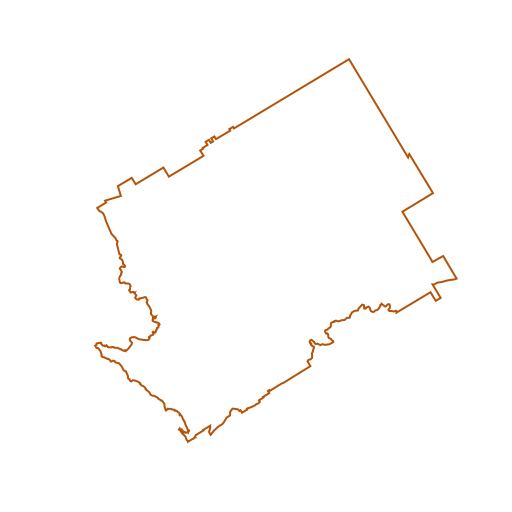 the district of Murray, Western Australia, Australia, rotated 329°
{"feature_id": "25037944B25972327200509", "entity_name": "Murray", "entity_type": "district", "adm_level": 2, "iso_a3": "AUS", "parent_name": "Australia", "parent_adm1": "Western Australia", "projection": "mercator", "projection_center": [115.802, -32.624], "detail": "fine", "context": "isolated", "style": "outline", "palette": "amber", "viewbox_px": 512, "rotation_deg": 329, "n_neighbors": 0, "source": "geoboundaries", "source_scale": "gbopen_adm2", "svg_char_len": 6037}
<svg xmlns="http://www.w3.org/2000/svg" viewBox="0 0 512 512"><g transform="rotate(329 256 256)"><path d="M437.1,249.8L437.1,135.2L302.8,135.3L302.8,133.5L298.5,133.5L298.5,135.3L281.9,135.2L281.9,132.1L278.2,132.1L278.2,135.8L275.5,135.7L275.5,132.2L271.6,132.2L271.6,135.9L266.0,135.9L266.0,136.8L262.5,136.8L262.6,143.1L222.2,143.1L222.2,132.5L189.8,132.5L189.7,125.0L173.6,125.0L171.1,134.9L155.1,130.8L155.1,133.0L144.6,133.0L144.9,136.6L146.7,139.8L146.9,141.5L146.7,143.4L145.3,149.3L143.5,162.8L144.7,167.8L144.5,171.3L145.0,171.7L144.6,172.6L143.0,173.8L139.8,184.2L140.5,184.9L140.9,185.9L140.2,186.6L139.5,186.7L138.1,187.6L138.3,188.4L139.3,190.3L138.7,193.0L137.9,194.2L138.6,195.8L138.5,197.4L138.2,197.7L137.4,197.6L135.4,195.7L132.9,196.4L132.7,197.2L132.9,198.3L132.8,200.6L131.4,201.4L131.2,202.3L128.3,203.7L127.7,204.2L126.7,205.8L125.8,208.4L125.9,209.3L126.6,209.9L129.0,210.5L129.7,210.9L130.1,211.7L129.2,211.0L130.1,212.5L132.3,213.8L133.2,214.9L133.1,217.1L132.2,217.8L130.6,219.8L129.6,219.9L129.7,222.3L129.9,222.9L131.1,223.0L132.1,223.5L132.5,223.8L132.5,224.6L133.4,224.9L132.7,225.3L133.1,228.2L130.9,229.5L131.1,231.0L131.4,231.7L132.8,233.0L133.7,232.9L133.9,232.3L134.8,232.5L136.3,233.2L139.8,234.1L140.3,234.7L140.3,236.0L140.0,236.4L140.2,238.0L139.7,238.6L138.8,238.9L138.4,239.5L138.6,239.9L138.2,240.8L138.5,245.1L138.0,249.1L136.1,251.4L136.4,254.0L137.0,255.3L137.5,255.6L137.1,255.8L136.9,256.2L137.5,256.1L138.2,256.6L138.2,256.3L138.2,256.2L139.1,256.3L138.2,256.9L138.2,257.2L137.6,257.4L137.2,257.3L137.9,256.9L137.4,257.0L137.0,256.6L135.8,256.6L135.9,256.9L136.2,256.9L135.7,257.1L135.5,256.3L134.1,258.1L134.2,258.8L135.0,260.1L136.3,261.3L136.4,261.8L137.1,262.0L137.7,263.0L138.2,264.0L138.0,264.7L136.9,264.7L136.7,265.3L137.0,265.4L136.3,265.7L135.9,266.6L134.8,267.0L133.9,266.8L132.7,268.2L131.9,268.3L131.1,269.3L130.7,269.2L130.1,269.7L129.5,269.3L129.3,268.9L129.1,268.9L128.8,267.9L128.3,268.1L128.4,268.4L128.2,268.7L128.6,269.1L128.6,269.6L127.2,270.5L124.5,269.9L123.8,270.6L123.2,270.6L122.7,270.3L122.3,270.7L122.1,272.0L120.2,272.4L118.3,271.5L113.7,267.8L112.0,265.9L110.8,263.7L109.8,262.8L107.8,261.7L105.8,261.7L105.0,262.1L104.5,263.7L105.0,266.5L103.7,267.8L98.7,269.7L97.0,270.2L95.7,270.0L95.2,270.4L94.6,269.7L94.8,269.3L94.0,269.3L93.7,269.0L92.8,267.8L92.4,266.5L91.8,266.1L89.9,263.3L87.7,262.0L86.5,260.2L83.8,259.2L82.1,257.8L82.1,256.5L81.8,255.5L80.3,255.8L79.7,255.2L79.8,254.6L78.5,253.9L78.1,252.1L78.2,251.4L78.6,250.9L78.4,250.4L74.6,248.9L74.2,248.9L73.5,250.0L72.0,249.9L71.9,252.3L72.3,253.1L73.1,253.4L73.3,253.9L73.7,257.3L72.9,261.1L72.1,261.9L72.1,262.6L72.5,263.2L72.5,263.7L73.9,264.9L74.7,266.4L75.7,267.3L75.7,267.8L76.5,268.2L77.0,269.4L77.3,270.6L77.1,271.0L77.5,272.0L79.6,272.1L80.8,273.6L80.6,274.2L81.2,275.3L83.3,277.4L84.0,281.0L83.7,285.8L84.6,287.7L85.1,287.9L84.4,293.0L83.3,295.3L84.2,296.7L83.9,298.1L84.1,299.0L84.3,299.2L86.5,299.1L87.4,299.7L89.2,301.7L91.0,304.6L91.1,305.1L90.7,305.7L91.2,306.1L91.0,307.1L91.2,308.0L92.5,309.7L92.9,310.8L93.2,313.3L92.8,313.5L94.2,317.4L94.4,318.5L94.2,320.7L95.3,322.3L96.9,323.7L97.5,324.6L98.8,327.0L98.6,327.6L99.0,328.1L99.1,328.8L99.8,329.7L100.0,330.6L100.6,331.0L100.5,331.5L101.2,332.6L101.2,335.8L100.0,338.0L99.4,340.9L99.0,341.7L99.3,342.1L99.9,341.9L99.7,342.2L100.4,341.8L102.1,341.9L104.5,343.3L105.3,344.5L106.2,345.3L106.9,346.6L106.8,346.9L107.0,347.0L107.0,346.6L106.5,345.5L106.9,345.9L107.3,346.9L108.4,348.2L108.5,349.4L109.2,350.5L109.4,352.0L108.8,352.4L108.6,353.1L109.6,353.1L109.9,356.0L109.6,356.4L109.5,357.9L109.3,358.7L109.5,360.8L109.2,361.1L109.3,362.2L108.8,363.6L108.4,368.1L108.0,369.3L108.1,370.2L108.6,370.7L108.6,371.4L108.0,371.7L107.2,371.4L106.7,372.3L106.4,371.7L104.8,371.4L104.3,370.1L103.6,370.3L103.3,370.0L103.1,367.6L102.8,368.0L102.0,367.1L102.4,366.0L101.5,365.5L101.7,364.6L100.6,365.1L101.2,366.2L101.4,370.4L101.9,371.8L102.5,374.4L101.8,378.1L102.2,379.1L101.9,380.2L107.1,380.1L108.5,380.4L110.1,379.8L110.6,380.1L110.6,379.6L112.0,378.5L121.1,378.5L121.1,377.9L129.3,377.9L128.2,379.7L125.1,382.7L125.0,385.9L130.2,384.0L135.9,382.8L140.5,382.8L142.5,382.1L147.7,379.4L151.4,379.3L152.2,378.6L153.4,376.4L157.0,374.8L157.6,374.9L161.4,378.0L161.7,378.5L161.9,380.3L163.3,380.3L163.3,383.1L169.3,383.1L169.3,382.4L170.7,382.2L171.8,382.7L175.7,383.3L178.5,383.5L180.0,383.1L182.1,383.6L184.2,383.0L184.2,381.2L189.5,381.2L189.5,380.4L196.7,380.4L196.7,377.8L198.5,377.8L198.6,378.7L212.7,378.5L213.4,378.9L245.9,378.4L245.9,372.8L247.6,372.1L249.6,372.7L251.4,372.3L252.9,370.3L253.7,368.3L255.3,367.4L256.6,365.9L258.7,364.2L258.9,363.7L258.7,363.0L258.1,362.4L257.7,361.6L257.8,360.9L257.4,360.4L258.2,359.6L258.1,358.7L257.6,358.7L257.6,358.0L258.1,356.7L259.0,356.3L260.4,356.4L261.6,359.8L261.5,361.5L261.7,362.0L262.5,362.5L263.4,362.7L265.3,365.5L267.6,365.8L269.2,367.6L273.3,369.4L277.8,369.6L278.2,369.3L278.2,368.7L277.5,367.0L277.5,365.7L276.2,363.7L276.2,363.0L277.5,360.1L277.2,359.0L276.6,359.0L276.0,358.3L276.5,355.8L277.3,355.4L279.3,355.9L280.6,355.4L283.0,355.4L283.9,354.8L285.1,353.0L286.2,352.0L286.9,351.9L289.3,352.8L289.6,352.2L291.3,352.6L292.6,354.3L294.3,354.9L296.6,355.2L298.8,356.5L302.0,355.8L304.4,357.1L305.3,356.5L305.5,356.0L306.1,355.4L307.6,354.9L309.0,353.8L312.3,353.8L315.3,355.2L317.1,353.8L322.0,352.4L323.1,353.5L323.2,354.0L321.9,356.1L321.8,357.0L322.8,357.4L323.3,357.4L323.6,356.9L326.3,357.3L326.9,358.8L326.1,362.4L326.9,363.7L328.2,364.6L330.0,364.1L331.4,364.6L333.4,364.6L336.4,363.1L337.3,362.1L338.9,362.3L339.1,361.9L340.6,365.8L341.2,366.1L343.7,365.3L345.0,365.6L345.4,366.4L345.1,367.7L344.0,369.4L342.0,370.2L341.7,371.2L342.2,372.1L343.8,372.9L345.8,374.7L347.9,375.0L348.1,376.1L347.4,376.9L386.9,376.9L387.0,387.0L392.7,387.0L392.7,371.3L394.0,372.1L398.0,372.3L401.3,373.8L407.8,375.6L414.4,378.4L416.3,378.7L416.4,352.4L404.1,352.0L404.3,347.2L404.3,293.4L440.1,293.3L439.9,247.5L438.9,248.1L437.1,249.8Z" fill="none" stroke="#b45309" stroke-width="2"/></g></svg>